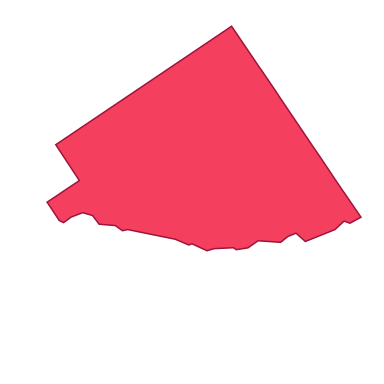 Lac qui Parle, Minnesota, United States of America (Mercator projection), rotated 146°
{"feature_id": "52423323B12319961540390", "entity_name": "Lac qui Parle", "entity_type": "district", "adm_level": 2, "iso_a3": "USA", "parent_name": "United States of America", "parent_adm1": "Minnesota", "projection": "mercator", "projection_center": [-96.201, 45.037], "detail": "fine", "context": "isolated", "style": "filled", "palette": "rose", "viewbox_px": 384, "rotation_deg": 146, "n_neighbors": 0, "source": "geoboundaries", "source_scale": "gbopen_adm2", "svg_char_len": 707}
<svg xmlns="http://www.w3.org/2000/svg" viewBox="0 0 384 384"><g transform="rotate(146 192 192)"><path d="M66.5,307.3L278.5,307.4L279.0,264.5L317.8,264.6L318.0,242.5L315.6,238.4L306.2,238.8L294.2,236.0L287.6,228.1L287.0,217.2L274.4,207.1L271.3,198.8L266.3,196.8L232.3,162.2L224.2,149.8L221.0,149.1L212.4,134.9L205.6,132.8L188.9,122.7L187.5,119.4L176.8,114.4L164.5,114.6L146.6,100.7L137.2,101.5L128.8,99.7L125.7,87.6L94.5,80.9L82.2,82.8L78.5,77.8L66.0,76.6L66.2,106.6L66.3,108.6L66.3,109.5L66.3,121.7L66.2,148.9L66.2,149.6L66.3,163.3L66.3,164.0L66.3,185.0L66.3,185.7L66.3,189.6L66.3,221.9L66.2,229.2L66.3,255.1L66.4,257.1L66.4,265.3L66.5,307.3Z" fill="#f43f5e" stroke="#9f1239" stroke-width="1.5"/></g></svg>